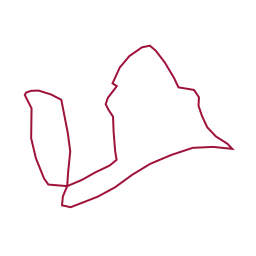 Brunei, Albers equal-area conic projection, rotated 185°
{"feature_id": "BRN", "entity_name": "Brunei", "entity_type": "country or territory", "adm_level": 0, "iso_a3": "BRN", "parent_name": "Asia", "parent_adm1": "", "projection": "albers", "projection_center": [114.782, 4.523], "detail": "fine", "context": "isolated", "style": "outline", "palette": "rose", "viewbox_px": 256, "rotation_deg": 185, "n_neighbors": 0, "source": "natural_earth", "source_scale": "50m", "svg_char_len": 805}
<svg xmlns="http://www.w3.org/2000/svg" viewBox="0 0 256 256"><g transform="rotate(185 128 128)"><path d="M183.5,64.8L169.7,72.1L156.3,81.2L142.9,89.1L136.6,95.3L138.8,103.9L142.0,123.0L143.9,138.0L148.6,143.9L152.3,149.8L150.7,156.3L142.8,168.7L147.3,171.1L141.5,187.5L133.0,199.7L121.1,209.6L113.4,211.9L107.3,207.6L97.3,196.8L86.4,181.7L81.3,172.9L65.6,171.7L60.0,164.8L59.7,156.3L55.3,146.3L49.1,135.6L39.8,127.3L27.5,120.9L22.3,116.3L41.4,116.6L61.7,113.9L82.6,104.9L102.8,94.2L119.7,81.8L135.6,67.9L152.3,56.9L178.2,44.1L187.0,45.2L186.9,54.2L183.5,64.8ZM202.4,64.7L207.2,70.3L217.1,89.8L223.6,109.4L225.8,139.2L233.7,151.9L232.5,154.5L227.7,156.6L220.3,157.5L207.6,154.7L196.9,150.3L187.6,118.0L183.5,99.7L183.8,77.9L183.5,64.8L202.4,64.7Z" fill="none" stroke="#9f1239" stroke-width="2"/></g></svg>